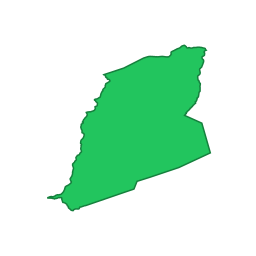 outline of Tilaran, Guanacaste, Costa Rica, rotated 252°
{"feature_id": "36466004B12916636175246", "entity_name": "Tilaran", "entity_type": "district", "adm_level": 2, "iso_a3": "CRI", "parent_name": "Costa Rica", "parent_adm1": "Guanacaste", "projection": "equal_earth", "projection_center": [-84.874, 10.487], "detail": "fine", "context": "isolated", "style": "filled", "palette": "green", "viewbox_px": 256, "rotation_deg": 252, "n_neighbors": 0, "source": "geoboundaries", "source_scale": "gbopen_adm2", "svg_char_len": 5708}
<svg xmlns="http://www.w3.org/2000/svg" viewBox="0 0 256 256"><g transform="rotate(252 128 128)"><path d="M189.7,164.4L186.3,142.5L186.2,121.4L186.0,121.5L185.7,122.0L185.5,122.3L185.1,122.7L184.3,122.7L183.8,122.5L183.4,122.5L183.2,122.7L182.8,122.8L182.5,123.3L182.1,123.4L181.5,123.4L180.7,123.6L180.5,123.9L180.4,124.5L179.9,125.0L179.1,125.4L178.3,125.4L178.2,125.2L177.9,124.6L177.6,123.4L177.3,122.5L177.2,121.4L177.0,120.8L176.9,120.5L175.9,119.9L175.5,119.5L174.5,119.2L173.8,118.8L173.7,118.7L172.5,116.2L172.1,115.9L171.1,115.6L171.0,115.0L170.8,114.9L170.4,114.3L170.1,114.0L168.8,112.8L166.1,111.2L165.9,110.8L165.9,110.1L165.6,109.3L165.6,109.0L165.3,108.3L165.3,106.8L165.5,106.1L165.5,105.5L165.4,105.0L165.1,104.8L164.8,104.8L164.0,105.5L163.0,105.6L162.4,106.1L161.8,106.3L161.4,106.6L161.2,106.7L160.5,106.4L160.2,106.2L159.3,105.9L158.8,105.6L158.6,105.2L158.5,104.8L158.5,103.5L158.4,103.2L158.1,103.2L157.5,103.0L156.7,103.0L156.1,102.5L155.6,102.0L155.2,101.4L155.0,100.1L155.0,97.0L155.4,96.1L155.5,95.2L155.7,94.5L155.7,93.1L155.3,93.1L154.5,93.4L153.5,93.4L152.7,93.1L152.4,92.9L152.3,92.6L151.7,92.0L151.4,91.4L150.9,90.3L150.7,90.1L150.5,89.7L150.1,89.3L149.5,88.3L149.0,87.8L148.3,87.3L147.8,86.6L147.3,87.2L146.6,86.8L146.5,86.7L146.0,84.7L144.8,84.3L144.0,83.7L143.4,83.4L142.9,83.3L140.7,83.3L140.3,83.5L139.5,83.5L138.2,82.9L137.7,82.9L137.6,83.2L137.5,83.4L137.4,83.5L136.4,83.8L136.1,84.1L135.9,84.4L135.3,84.4L134.4,83.9L133.0,82.9L132.0,81.8L131.7,81.3L131.6,80.9L130.9,79.7L130.3,79.2L128.9,78.5L128.2,78.2L127.9,78.2L127.5,78.6L127.3,78.7L126.6,78.7L126.4,78.6L126.0,78.0L125.3,77.9L124.2,77.4L123.6,77.0L122.7,76.6L121.4,76.6L120.3,76.6L119.9,76.4L119.6,76.2L119.4,75.4L119.2,75.3L119.2,75.0L119.0,74.8L117.7,73.4L117.6,72.5L117.6,71.3L117.5,71.2L117.3,71.1L117.1,70.9L116.4,69.8L116.1,69.4L115.4,69.2L114.2,69.2L113.7,68.9L113.2,68.1L113.0,67.5L112.8,67.1L112.5,66.9L112.2,66.7L111.9,66.4L111.7,65.9L111.6,65.6L110.9,64.3L110.6,64.3L110.0,63.8L106.7,63.8L106.1,63.5L105.9,63.4L105.5,63.2L105.2,62.8L104.7,62.7L104.4,62.4L104.2,62.2L103.8,62.0L103.6,62.0L103.3,61.7L103.1,61.7L102.9,61.6L102.7,61.6L102.6,61.4L101.5,61.1L100.7,60.5L99.9,60.0L99.7,59.9L99.6,59.6L98.9,58.9L98.5,58.4L98.3,58.3L98.2,58.0L98.0,57.9L97.8,57.5L97.4,57.2L95.2,57.2L94.9,57.5L94.2,57.5L93.9,57.3L93.8,57.1L93.6,57.0L93.4,56.9L93.2,56.4L93.0,56.1L92.8,55.7L92.7,55.1L92.5,54.7L92.2,54.0L92.1,53.1L92.0,52.9L91.9,51.7L91.7,50.9L91.6,50.7L91.5,50.4L91.3,50.1L91.1,50.1L90.9,49.8L90.1,49.3L89.8,49.0L89.5,49.0L87.4,47.0L86.4,45.5L86.2,44.9L85.9,44.5L85.7,44.0L85.7,42.5L85.8,42.3L85.8,41.7L85.9,41.1L86.3,40.4L86.3,38.6L86.1,38.1L86.0,37.8L85.9,37.6L85.9,37.3L85.8,37.0L85.8,35.2L86.5,34.0L86.7,32.9L86.7,31.7L86.6,31.3L86.6,30.4L86.4,30.2L86.3,29.6L85.6,31.7L85.4,32.1L85.1,33.2L84.6,34.1L84.4,34.3L84.1,35.1L83.5,35.9L83.3,36.0L83.3,37.5L83.1,38.0L83.1,39.6L83.2,39.9L83.3,40.7L83.2,41.0L82.8,41.4L82.5,42.9L82.2,43.3L81.6,43.3L80.7,43.0L77.5,43.0L77.3,43.1L76.9,44.0L75.9,45.1L74.9,45.8L74.5,46.2L72.8,46.3L72.6,46.5L71.7,47.0L71.3,46.9L70.9,46.7L70.6,46.7L70.1,46.9L69.0,47.7L68.8,47.7L68.5,48.0L68.0,48.2L67.5,48.4L67.2,48.7L66.4,50.1L66.4,50.4L67.1,51.1L67.2,52.6L67.2,53.3L66.9,54.1L66.3,55.8L66.3,56.4L66.6,56.8L67.0,57.2L67.4,57.4L67.6,57.6L67.6,58.1L67.5,58.3L67.4,59.0L67.5,62.8L67.3,63.6L67.3,64.5L67.9,100.1L68.1,114.8L74.5,120.1L74.4,133.7L74.7,164.1L78.9,198.6L109.8,199.7L122.5,185.7L123.6,187.3L123.6,187.5L123.7,187.9L124.5,187.9L124.6,188.4L124.7,188.7L125.5,189.4L125.6,190.0L125.8,190.2L125.9,190.7L126.3,191.4L126.4,191.9L127.0,192.8L127.5,193.1L127.5,193.5L127.7,193.9L127.7,194.1L128.0,194.6L128.4,195.1L128.5,195.9L129.2,196.5L129.5,197.1L129.6,197.5L130.3,198.7L130.6,199.8L130.9,200.1L132.0,200.0L132.1,200.3L132.3,200.8L132.5,201.2L132.5,201.3L132.9,201.7L134.3,202.6L134.4,202.8L135.0,202.8L135.2,203.0L135.4,203.7L135.6,203.9L135.8,204.5L136.2,204.8L136.8,205.0L137.5,205.5L138.1,205.7L139.9,206.6L140.2,206.8L140.5,207.7L141.0,208.0L144.3,209.1L145.4,209.2L145.5,209.4L145.8,209.4L146.3,209.8L146.7,210.1L147.8,210.4L148.0,210.5L148.2,210.3L148.5,210.3L149.0,210.0L151.3,210.0L151.7,209.7L151.9,209.5L152.3,209.5L152.8,209.5L153.8,209.8L154.9,210.0L155.9,210.4L156.0,210.5L156.1,210.9L156.5,211.8L156.6,212.3L156.9,212.7L157.0,212.9L157.4,213.3L158.5,213.8L161.3,214.1L162.2,214.6L162.4,215.3L162.6,215.5L162.9,216.3L163.2,216.9L164.5,217.9L165.0,218.4L165.7,218.9L166.3,219.4L167.1,219.9L167.3,220.2L168.4,220.7L169.2,220.8L169.5,220.8L170.0,220.6L170.3,220.2L171.1,220.0L171.5,220.0L172.7,220.4L172.9,220.8L173.0,221.4L173.4,222.9L173.5,223.1L173.8,223.3L175.4,224.0L176.4,224.0L176.6,223.8L177.4,224.4L177.7,225.1L177.8,226.4L178.6,226.0L179.7,226.0L180.2,225.5L180.8,224.4L181.9,222.8L182.2,221.9L182.5,221.5L183.0,220.2L183.4,218.8L183.5,218.2L183.4,218.1L184.3,215.2L184.2,213.9L184.4,212.9L184.8,212.0L185.3,211.5L185.6,210.9L185.7,210.6L185.6,209.7L185.9,209.0L186.4,208.6L187.2,208.5L187.5,208.4L188.0,208.0L188.3,207.9L188.6,207.6L188.9,207.5L189.2,207.2L189.3,207.0L189.3,204.6L189.2,204.4L189.0,203.9L189.0,203.7L188.9,203.6L188.7,203.3L188.2,202.0L188.1,201.3L188.1,199.5L188.1,199.0L187.8,198.3L187.8,197.3L187.4,195.7L187.4,195.0L187.2,193.9L187.2,193.6L186.8,192.4L185.7,192.0L185.0,192.0L184.8,191.8L184.1,191.0L183.4,189.6L183.2,189.0L183.2,188.2L183.2,187.9L183.4,187.7L183.6,186.9L183.9,186.1L184.3,185.3L184.5,184.9L184.9,184.1L185.1,183.5L185.3,183.3L185.7,182.0L185.9,181.1L186.1,180.3L186.1,180.0L186.2,179.4L186.8,177.3L187.0,177.1L187.2,176.1L187.6,175.5L188.0,174.3L188.4,173.5L188.6,172.9L189.2,171.3L189.5,170.2L189.6,169.9L189.6,169.1L189.7,168.5L189.7,168.4L189.7,164.4Z" fill="#22c55e" stroke="#15803d" stroke-width="1.5"/></g></svg>